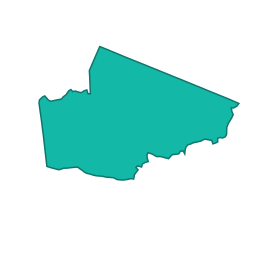 outline of Cumaru, Pernambuco, Brazil, rotated 205°
{"feature_id": "56859067B93375243581372", "entity_name": "Cumaru", "entity_type": "district", "adm_level": 2, "iso_a3": "BRA", "parent_name": "Brazil", "parent_adm1": "Pernambuco", "projection": "orthographic", "projection_center": [-35.732, -8.029], "detail": "fine", "context": "isolated", "style": "filled", "palette": "teal", "viewbox_px": 256, "rotation_deg": 205, "n_neighbors": 0, "source": "geoboundaries", "source_scale": "gbopen_adm2", "svg_char_len": 1442}
<svg xmlns="http://www.w3.org/2000/svg" viewBox="0 0 256 256"><g transform="rotate(205 128 128)"><path d="M188.0,189.9L187.7,176.2L187.3,163.7L184.5,158.5L176.5,143.0L178.8,142.2L181.4,145.1L183.4,143.3L185.2,140.3L188.7,139.5L191.2,139.3L193.6,137.7L196.0,138.7L197.5,136.5L198.1,132.1L200.0,128.6L200.5,126.1L203.1,124.3L206.7,121.6L209.2,119.6L211.8,119.6L217.0,121.9L218.5,120.1L220.1,116.0L219.2,113.0L208.5,96.5L205.3,91.3L203.7,88.8L201.7,85.7L185.3,58.9L181.3,59.4L177.0,60.2L172.8,61.0L169.1,64.5L166.6,65.7L163.0,67.9L161.0,69.1L159.0,70.3L156.9,71.3L154.1,70.6L151.6,70.3L148.9,69.6L146.2,69.5L143.4,70.1L139.7,70.6L136.8,71.2L131.2,73.3L126.5,74.4L120.2,76.8L116.0,76.7L112.6,77.9L110.4,78.8L107.1,80.9L103.9,83.4L101.3,84.1L102.4,88.5L101.2,94.4L104.1,95.5L103.4,97.7L99.2,98.4L99.8,101.4L97.6,104.4L95.4,106.1L98.0,109.0L99.3,111.5L99.5,114.1L95.2,114.6L90.0,114.2L86.1,116.0L81.8,116.7L78.3,117.3L76.7,122.5L73.7,124.3L71.0,126.1L70.7,129.1L68.2,130.5L65.7,128.6L67.1,132.8L67.4,135.2L66.7,138.1L64.7,139.7L62.6,142.2L58.9,145.0L56.7,146.7L53.7,150.4L49.4,151.5L46.8,152.1L44.4,149.5L42.4,151.3L40.8,153.2L42.4,156.6L40.4,158.4L38.2,158.8L36.2,161.0L35.9,163.7L38.8,170.5L39.0,174.8L38.3,180.9L38.3,184.6L40.8,186.8L42.9,190.1L40.7,190.8L38.7,193.6L37.9,197.1L49.3,196.8L72.8,195.6L75.7,195.5L87.7,194.9L90.0,194.8L133.1,192.6L161.5,191.1L180.4,190.3L188.0,189.9Z" fill="#14b8a6" stroke="#0f766e" stroke-width="1.5"/></g></svg>